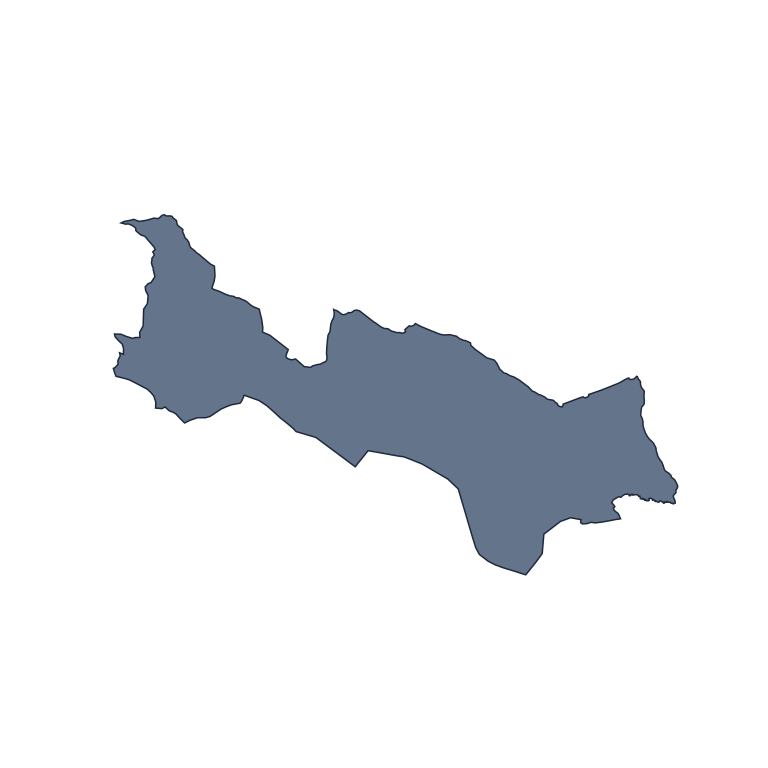 outline of Agotime Ziope, Volta, Ghana, rotated 124°
{"feature_id": "2480657B11620193732867", "entity_name": "Agotime Ziope", "entity_type": "district", "adm_level": 2, "iso_a3": "GHA", "parent_name": "Ghana", "parent_adm1": "Volta", "projection": "equal_earth", "projection_center": [0.664, 6.472], "detail": "fine", "context": "isolated", "style": "filled", "palette": "slate", "viewbox_px": 768, "rotation_deg": 124, "n_neighbors": 0, "source": "geoboundaries", "source_scale": "gbopen_adm2", "svg_char_len": 6071}
<svg xmlns="http://www.w3.org/2000/svg" viewBox="0 0 768 768"><g transform="rotate(124 384 384)"><path d="M472.6,430.2L466.4,410.7L468.7,361.6L448.2,359.9L435.9,332.2L433.3,326.9L431.3,318.4L429.0,307.5L427.1,278.0L429.5,263.7L461.1,225.5L468.4,216.4L472.0,209.6L472.7,198.7L471.7,190.5L469.6,182.1L462.9,159.8L447.5,158.5L436.1,158.0L419.1,167.5L399.3,160.9L390.6,154.6L386.3,144.8L389.0,143.5L389.0,141.2L386.4,137.8L382.8,134.9L381.1,131.3L376.7,126.2L369.8,119.1L367.1,116.5L363.5,112.5L360.5,117.2L360.1,122.1L358.6,124.6L356.6,124.0L355.8,125.8L355.2,128.7L352.0,129.2L346.3,126.5L345.3,124.1L342.9,123.7L340.2,122.2L340.0,121.5L339.0,120.5L338.9,119.8L338.5,119.1L338.5,118.8L338.7,118.6L339.3,118.5L339.5,118.1L339.4,118.0L338.8,117.7L338.4,117.1L337.2,117.1L336.7,116.9L336.5,116.6L336.5,116.2L336.9,115.7L337.0,115.4L336.2,114.9L334.4,112.6L334.3,111.0L334.7,110.1L334.6,109.8L334.1,109.6L333.9,109.2L335.7,107.3L334.9,105.4L334.4,105.8L334.0,105.4L333.9,105.1L334.6,103.0L334.6,102.8L334.3,102.7L334.1,102.9L333.8,103.1L333.5,102.7L333.5,102.4L333.7,102.0L334.1,101.6L334.1,101.3L333.8,101.2L333.6,101.0L333.5,100.3L332.7,99.2L332.3,99.1L332.0,99.3L331.3,100.3L331.1,100.3L330.6,99.7L330.2,99.9L329.8,99.6L329.2,97.4L329.4,97.0L329.9,96.9L330.2,96.4L330.0,96.0L329.3,95.7L329.1,94.5L329.6,94.0L329.7,93.6L329.0,93.6L328.9,91.2L328.3,90.2L327.9,89.8L327.6,89.7L326.7,90.0L326.4,89.8L325.9,87.9L325.9,87.6L326.3,87.2L326.2,86.8L325.9,86.6L325.8,86.1L325.9,85.9L326.4,85.7L326.4,85.3L325.9,85.0L325.7,85.0L324.8,85.4L324.7,85.2L324.6,84.3L324.3,83.9L323.2,84.1L323.0,83.8L323.4,82.8L322.7,81.8L322.4,81.1L321.9,80.3L321.9,80.1L322.3,79.8L322.3,79.7L322.0,79.0L321.6,77.2L321.2,76.8L320.5,77.0L320.3,76.9L319.9,76.0L318.5,77.1L317.2,78.6L316.9,79.4L315.9,80.8L314.9,81.6L314.4,81.7L312.9,81.6L311.7,81.2L310.9,81.3L310.3,81.5L309.8,81.8L308.7,82.8L307.7,82.5L305.4,82.9L304.7,83.2L303.6,84.5L302.0,87.2L301.0,89.2L300.8,90.0L300.6,93.2L300.5,93.6L299.3,95.0L299.0,96.1L298.7,98.8L298.8,100.6L298.6,102.8L297.6,104.4L295.4,107.1L293.7,109.6L293.1,110.9L292.4,113.1L291.3,115.5L290.2,117.2L286.8,121.3L285.1,122.6L284.2,124.0L283.6,125.3L282.9,126.5L282.4,127.5L282.0,129.3L281.1,134.0L279.9,137.0L278.3,140.1L275.1,144.4L273.2,146.3L271.9,147.2L271.0,147.7L268.9,149.8L267.5,151.7L266.4,153.8L263.1,155.5L261.5,156.4L258.9,157.5L256.0,157.1L254.8,157.3L252.3,158.8L251.5,159.6L249.9,160.7L249.5,161.2L244.4,164.2L243.1,168.1L242.5,169.2L241.3,170.7L240.2,171.6L239.0,172.4L238.4,173.3L237.9,174.6L238.0,175.5L237.8,175.9L237.4,176.1L237.0,177.0L236.7,177.5L236.3,177.8L236.3,178.8L239.8,179.5L241.3,180.7L242.9,182.9L242.1,184.4L243.9,185.8L251.8,189.7L268.0,200.7L278.2,208.4L279.1,207.7L280.9,208.0L282.3,208.9L283.3,210.1L283.3,211.8L286.1,214.0L300.5,224.2L301.8,223.5L303.5,223.7L304.4,225.9L304.5,227.9L303.3,229.3L303.5,231.8L303.0,233.1L302.9,234.7L305.3,240.2L304.9,243.0L305.5,247.9L306.2,249.7L306.4,255.1L307.0,256.8L305.7,262.6L305.1,273.9L305.5,280.0L306.7,284.4L306.9,288.2L307.8,290.7L307.0,296.2L303.7,302.1L302.5,306.0L304.8,313.4L304.3,327.8L303.4,333.7L301.6,335.2L301.7,336.7L302.5,340.8L303.5,342.8L303.6,344.7L304.2,346.3L303.9,350.7L306.2,356.8L309.9,361.8L311.2,364.8L312.2,368.7L314.8,381.2L315.8,386.4L316.4,391.9L318.3,391.9L321.4,394.1L321.6,395.6L327.2,397.1L328.8,395.3L330.5,396.3L331.1,396.4L331.6,397.2L333.0,400.6L333.6,401.1L334.5,402.7L335.1,405.2L335.7,406.4L336.0,408.3L335.9,411.3L336.4,412.4L337.9,415.1L338.4,419.0L338.1,425.7L338.3,426.7L337.0,445.4L338.0,447.9L339.0,449.2L340.3,450.0L342.2,450.6L343.7,451.6L344.6,453.4L346.6,454.2L347.4,454.7L349.2,456.3L349.8,457.9L349.5,462.4L349.6,464.3L350.3,466.5L350.4,467.4L352.5,465.3L355.9,463.3L357.8,462.8L360.5,462.5L364.0,461.6L370.7,458.1L374.7,457.7L377.6,456.3L385.5,452.0L391.2,448.5L393.1,446.6L395.0,445.4L396.5,444.8L397.8,444.8L400.3,446.4L403.0,447.8L405.4,450.3L409.0,453.4L411.3,454.1L414.2,459.9L412.7,471.3L415.7,474.2L416.8,477.9L416.6,479.6L416.3,480.4L415.8,480.8L413.5,481.6L409.0,482.6L407.4,505.9L408.9,513.7L405.0,516.0L399.0,521.4L391.7,529.3L393.0,535.6L393.1,539.3L392.7,541.6L392.5,544.0L392.6,545.6L393.5,550.3L393.6,551.9L395.3,555.2L395.5,557.8L397.2,561.4L398.1,565.0L398.9,569.7L399.2,572.0L400.9,578.5L400.7,580.3L397.7,581.2L393.7,582.3L389.0,584.5L381.1,590.5L381.6,594.2L381.5,596.3L380.7,603.4L380.5,605.7L380.1,608.5L380.0,609.8L380.0,612.9L379.4,615.6L379.1,620.3L378.3,622.0L375.6,625.2L375.2,626.4L374.6,627.3L374.5,628.4L374.0,630.8L372.9,632.4L372.1,633.2L371.5,634.4L370.5,636.0L369.8,636.5L368.6,636.9L368.2,638.6L368.0,642.1L367.7,644.1L366.7,645.4L364.5,647.5L364.3,651.7L363.6,653.3L363.8,654.1L364.4,655.7L364.9,656.0L365.1,656.6L365.5,657.0L365.9,657.7L366.4,658.6L366.4,660.3L366.7,661.0L368.1,662.2L368.5,662.2L369.3,662.6L370.2,662.9L371.6,663.0L372.9,663.5L373.1,664.0L373.4,664.2L375.3,667.7L377.9,669.7L378.2,670.1L381.1,672.5L384.2,675.8L386.2,678.1L387.5,683.6L390.1,685.8L394.5,690.3L397.5,692.0L395.8,687.2L394.3,685.7L393.3,681.1L393.5,677.9L393.6,677.3L394.2,676.5L395.6,675.5L396.0,673.2L396.4,669.0L395.3,664.7L396.6,660.3L399.1,651.1L400.7,648.9L403.7,649.6L405.4,646.7L405.8,646.5L409.6,646.7L411.4,645.5L412.1,645.2L412.6,645.1L413.7,644.4L415.9,641.9L416.7,640.5L418.6,638.9L423.1,634.0L430.1,633.8L432.5,635.6L437.0,636.3L439.9,633.8L442.6,629.0L449.7,625.1L456.4,625.1L470.5,616.2L477.9,615.4L481.9,612.4L484.4,616.0L486.7,617.9L488.6,624.0L489.9,630.1L493.3,635.4L495.4,633.0L496.6,627.8L497.3,623.4L500.1,619.9L505.1,616.6L506.0,620.7L508.1,618.5L512.6,617.9L513.8,617.5L516.3,615.5L520.6,616.1L522.4,617.1L525.0,614.0L527.5,610.5L524.9,603.5L523.1,598.1L522.2,591.5L520.7,577.6L521.5,572.1L522.9,567.8L526.7,563.0L531.7,559.9L528.5,554.2L525.5,552.8L526.3,547.0L525.3,542.8L525.2,539.7L526.4,534.8L527.8,527.5L522.5,524.5L516.3,519.8L511.6,512.9L508.0,510.0L495.8,505.0L491.3,502.2L486.5,498.8L480.9,493.1L479.9,492.4L477.3,492.5L473.1,493.3L471.5,493.7L467.6,478.5L467.5,469.1L468.6,460.7L470.1,451.1L470.8,441.8L471.6,434.7L472.6,430.2Z" fill="#64748b" stroke="#1e293b" stroke-width="1.5"/></g></svg>